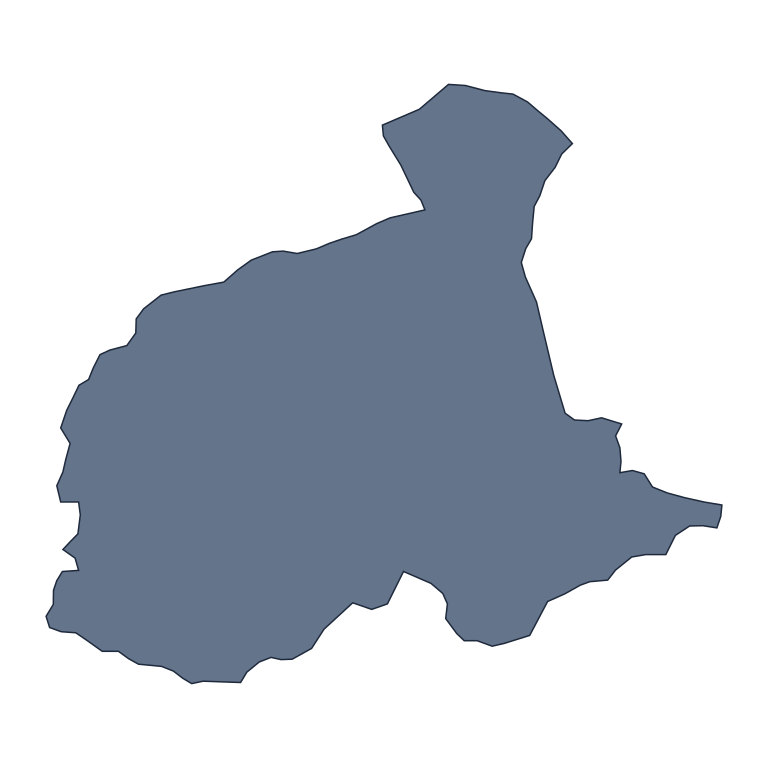 the district of Salgado de São Félix, Paraíba, Brazil
{"feature_id": "56859067B36936813267627", "entity_name": "Salgado de São Félix", "entity_type": "district", "adm_level": 2, "iso_a3": "BRA", "parent_name": "Brazil", "parent_adm1": "Paraíba", "projection": "albers", "projection_center": [-35.46, -7.402], "detail": "fine", "context": "isolated", "style": "filled", "palette": "slate", "viewbox_px": 768, "rotation_deg": 0, "n_neighbors": 0, "source": "geoboundaries", "source_scale": "gbopen_adm2", "svg_char_len": 1815}
<svg xmlns="http://www.w3.org/2000/svg" viewBox="0 0 768 768"><path d="M465.4,85.5L448.5,84.4L419.3,109.3L382.4,125.1L383.4,135.9L389.1,146.0L400.9,165.2L413.8,192.3L421.0,200.2L424.9,209.9L390.2,217.8L376.7,223.6L356.1,234.8L342.6,238.8L329.7,243.2L316.2,248.9L297.2,253.5L283.2,251.1L272.5,251.8L251.3,260.1L237.8,269.8L223.8,282.1L204.1,285.7L174.4,291.8L161.1,295.1L143.6,308.8L136.2,318.9L135.8,333.0L126.8,345.6L110.0,350.0L100.0,354.6L93.2,368.1L88.6,379.5L79.0,385.2L72.5,398.7L66.8,410.1L60.7,428.0L70.1,443.4L65.7,459.7L62.9,472.0L56.8,485.7L60.7,502.0L78.6,502.0L80.3,514.9L77.9,533.9L70.3,541.6L62.9,549.5L75.1,558.1L78.6,570.4L62.4,571.5L56.8,580.6L53.5,590.3L53.3,604.4L46.1,616.3L49.6,627.5L61.1,631.7L75.8,632.8L87.1,640.5L102.2,651.3L118.4,651.3L128.6,658.7L138.5,664.2L150.2,665.3L161.6,666.4L173.4,671.1L182.8,678.3L191.7,683.6L203.1,681.2L240.6,682.5L246.8,672.2L259.2,662.0L271.0,657.4L281.0,659.6L292.2,659.2L311.6,648.4L324.0,629.2L352.7,602.8L371.7,609.4L387.4,603.9L403.5,571.5L431.0,583.4L442.8,593.5L447.4,603.9L445.7,618.6L456.8,633.6L464.2,640.7L477.1,640.7L492.2,646.2L504.6,643.3L529.7,635.4L547.6,601.5L564.9,593.8L580.2,585.2L589.8,581.7L607.7,580.1L615.6,570.0L631.7,557.0L645.7,554.6L665.8,554.6L675.4,535.4L689.6,526.0L702.9,525.7L716.9,527.9L720.8,516.3L721.9,505.0L704.0,502.0L684.4,497.6L667.1,492.9L652.5,487.0L644.2,473.8L632.4,470.5L619.9,472.7L621.0,461.4L619.9,447.8L615.6,435.9L621.7,424.0L601.6,417.8L588.1,420.7L574.5,420.0L565.1,413.2L553.8,375.5L543.3,331.3L536.5,302.0L530.4,288.3L525.4,277.1L521.3,262.5L525.8,248.5L531.5,238.8L532.6,222.9L534.2,206.4L539.8,195.8L544.9,180.6L555.1,167.4L561.7,154.0L572.4,143.6L561.2,130.9L547.0,118.3L538.1,111.0L527.6,102.0L513.0,94.1L501.2,92.8L484.8,90.6L465.4,85.5Z" fill="#64748b" stroke="#1e293b" stroke-width="1.5"/></svg>